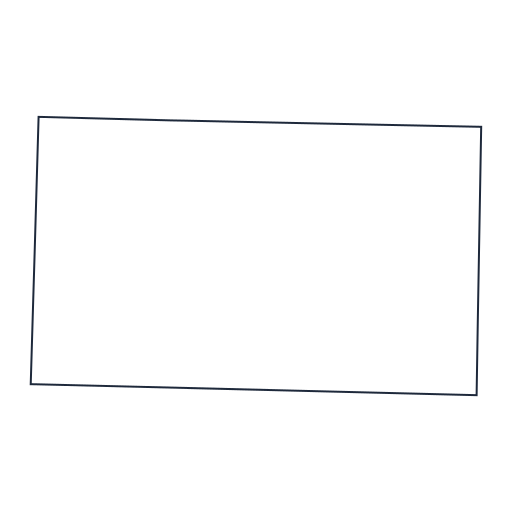 the district of Hucal, La Pampa, Argentina, rotated 1°
{"feature_id": "61730980B74223418294329", "entity_name": "Hucal", "entity_type": "district", "adm_level": 2, "iso_a3": "ARG", "parent_name": "Argentina", "parent_adm1": "La Pampa", "projection": "mercator", "projection_center": [-63.771, -37.979], "detail": "fine", "context": "isolated", "style": "outline", "palette": "slate", "viewbox_px": 512, "rotation_deg": 1, "n_neighbors": 0, "source": "geoboundaries", "source_scale": "gbopen_adm2", "svg_char_len": 470}
<svg xmlns="http://www.w3.org/2000/svg" viewBox="0 0 512 512"><g transform="rotate(1 256 256)"><path d="M478.9,172.1L478.9,152.0L478.9,127.8L478.9,122.9L478.2,122.9L438.0,122.8L411.8,122.7L376.8,122.6L347.6,122.5L257.6,122.2L182.7,121.9L168.6,121.9L39.4,120.7L36.2,120.7L34.6,258.2L34.0,305.3L33.0,388.1L39.0,388.1L302.8,390.0L411.2,390.8L478.3,391.3L479.0,391.3L478.9,315.6L478.9,282.6L478.9,243.5L478.9,172.1Z" fill="none" stroke="#1e293b" stroke-width="2"/></g></svg>